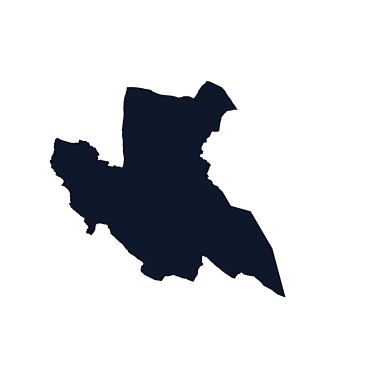 the district of Modum nor, Buskerud, Norway, rotated 40°
{"feature_id": "86288312B5778191287767", "entity_name": "Modum nor", "entity_type": "district", "adm_level": 2, "iso_a3": "NOR", "parent_name": "Norway", "parent_adm1": "Buskerud", "projection": "robinson", "projection_center": [9.903, 60.01], "detail": "fine", "context": "isolated", "style": "filled", "palette": "ink", "viewbox_px": 384, "rotation_deg": 40, "n_neighbors": 0, "source": "geoboundaries", "source_scale": "gbopen_adm2", "svg_char_len": 5981}
<svg xmlns="http://www.w3.org/2000/svg" viewBox="0 0 384 384"><g transform="rotate(40 192 192)"><path d="M64.5,259.9L66.7,260.7L67.7,261.3L67.8,261.6L68.3,262.2L68.3,262.7L68.9,263.2L69.7,263.3L71.3,262.7L72.1,263.0L72.8,264.1L74.5,263.8L76.4,264.3L76.7,264.8L76.6,265.6L76.9,265.8L80.1,265.3L80.4,264.9L81.5,264.5L82.1,264.9L84.4,264.6L86.1,264.8L87.8,266.2L88.0,266.9L88.6,267.4L88.2,268.2L88.3,270.0L90.9,268.8L92.2,269.1L95.0,268.9L97.7,269.7L100.8,271.5L101.0,272.4L101.6,273.1L102.9,274.2L103.6,275.2L104.4,275.9L104.5,276.2L106.8,278.0L106.7,278.7L106.1,279.5L106.7,279.9L108.1,280.2L109.0,280.9L110.9,280.8L112.7,281.3L115.1,280.4L116.1,281.3L117.5,280.8L122.2,281.2L123.5,280.8L124.7,280.8L126.3,280.1L127.1,280.7L128.4,282.8L129.0,283.1L128.9,283.5L130.9,283.7L132.0,284.1L134.4,284.1L134.9,284.3L135.2,285.0L135.9,284.5L136.2,284.7L136.3,285.2L136.9,285.2L137.1,285.5L137.0,286.2L136.5,286.7L136.4,287.1L136.7,287.3L136.2,287.9L137.3,289.0L137.0,289.8L137.5,289.8L137.5,290.6L138.3,290.5L139.1,289.9L139.2,289.5L139.8,289.2L141.9,289.4L141.9,285.7L141.4,283.3L139.1,280.1L138.7,278.7L138.9,277.3L139.6,276.2L141.5,274.4L146.3,271.9L148.0,270.7L150.0,271.8L151.0,272.7L152.3,272.6L153.2,272.7L154.0,273.5L154.8,273.5L155.2,273.7L155.2,274.2L156.3,275.0L156.6,275.5L157.8,275.4L159.4,275.7L160.9,275.4L162.8,275.8L168.8,276.1L172.2,275.9L177.9,277.3L180.5,277.4L182.3,278.3L185.2,278.1L189.0,277.4L192.8,277.5L198.6,276.7L199.9,276.8L200.5,277.2L201.2,277.3L201.6,277.8L202.1,279.1L201.5,281.5L202.2,282.1L202.2,282.5L203.4,284.4L204.5,285.0L209.0,285.2L219.9,282.6L225.2,279.3L224.6,273.4L227.4,271.3L230.8,266.6L233.1,266.0L236.8,264.5L239.9,263.5L243.8,261.0L244.9,261.3L250.0,259.4L249.0,255.4L248.8,252.3L248.5,251.4L245.9,247.8L245.4,243.0L246.4,241.8L246.4,240.8L246.3,240.3L244.7,240.2L244.2,240.0L242.7,238.0L241.8,237.2L242.0,237.0L240.5,235.3L240.1,234.3L239.0,233.4L242.8,232.8L244.5,231.8L248.6,232.0L251.3,232.4L253.5,232.2L256.6,232.6L257.2,232.5L259.1,232.7L260.8,232.2L262.9,232.4L268.1,232.3L277.5,231.3L279.5,230.5L279.8,230.1L279.1,228.6L279.1,227.3L279.4,227.0L279.3,225.3L279.5,224.5L280.0,224.1L280.1,223.6L280.5,223.5L280.4,222.6L281.3,220.7L282.3,221.0L284.4,221.1L289.0,218.9L292.0,216.9L293.8,216.0L294.8,215.9L296.0,216.3L300.0,216.1L303.8,216.3L306.9,217.0L316.6,214.9L319.2,215.1L321.1,214.8L323.0,214.8L329.8,212.5L289.6,184.3L249.4,169.9L230.7,178.4L215.2,172.9L208.9,172.6L208.8,172.4L209.1,172.3L209.1,172.0L208.5,171.8L206.1,172.5L205.5,173.0L204.8,173.2L204.0,172.9L202.5,173.4L201.8,172.8L201.6,172.1L199.1,171.4L198.6,171.5L198.3,171.9L197.6,172.2L194.0,172.1L193.1,171.3L193.8,171.0L193.8,170.5L194.1,170.3L194.2,170.0L193.4,169.9L193.1,169.4L191.8,169.4L190.7,168.3L190.6,166.7L190.0,165.0L189.3,164.9L189.2,164.7L189.5,164.5L189.0,164.2L189.4,163.6L189.1,162.7L189.3,162.5L188.5,161.9L188.5,161.1L188.6,159.9L187.5,159.9L186.3,159.3L186.0,159.5L185.9,160.0L184.4,160.0L183.3,159.2L181.1,159.5L180.8,160.6L180.3,160.8L179.8,160.4L177.6,159.9L175.6,160.5L174.1,160.2L174.0,159.0L173.3,157.7L174.0,156.9L174.2,156.0L174.8,155.5L173.7,154.6L173.8,154.2L171.8,154.4L171.1,153.2L170.3,153.1L169.8,151.9L169.0,148.2L168.6,147.9L168.5,146.7L168.6,146.3L169.2,145.9L169.1,145.3L170.3,144.5L169.8,143.7L169.2,143.7L168.3,143.1L168.5,142.6L168.4,141.5L168.6,139.9L168.7,139.3L169.2,138.8L169.2,138.1L168.8,137.5L168.8,137.1L168.4,136.8L168.7,136.2L168.3,135.9L167.9,134.2L168.0,133.8L167.5,132.5L168.8,131.7L169.5,131.0L171.0,130.1L171.0,129.9L172.2,129.0L172.4,128.2L172.8,127.9L169.0,121.9L165.7,115.4L165.9,113.0L165.6,112.0L166.0,109.9L165.9,108.1L166.6,106.4L169.1,103.8L170.8,101.3L172.5,100.0L168.4,98.7L165.9,98.3L162.0,96.8L157.9,96.0L153.5,94.6L152.4,94.0L147.4,93.4L135.1,96.6L132.6,97.9L132.9,100.4L132.2,103.2L132.1,105.4L132.5,109.2L132.4,109.5L133.7,113.5L133.4,114.3L133.9,116.3L134.0,117.6L133.8,117.9L134.0,118.3L134.3,119.7L129.0,121.1L126.9,122.4L126.5,123.1L124.9,124.2L124.3,125.0L124.4,125.6L123.9,126.3L121.2,129.2L118.1,130.3L114.2,132.4L108.4,136.5L104.5,138.8L97.4,141.1L96.1,140.9L94.9,141.1L94.5,141.2L94.2,141.8L92.7,142.1L92.4,142.7L90.9,143.1L90.5,143.8L88.1,144.8L83.6,147.5L80.2,149.9L75.7,153.7L77.4,156.3L77.8,157.0L77.6,157.4L78.3,158.1L78.9,159.8L79.3,160.7L79.4,161.3L79.8,161.9L80.4,163.5L81.2,164.3L81.8,164.0L82.0,164.9L82.2,165.2L81.8,165.7L85.2,170.1L85.8,171.2L88.1,173.5L88.7,174.4L89.2,174.6L90.3,175.9L93.2,180.1L93.9,181.4L94.8,182.5L95.5,184.0L96.0,184.4L97.2,186.3L97.7,186.8L98.9,189.1L100.5,190.1L102.5,193.1L106.6,196.6L109.0,199.7L113.0,203.9L113.0,204.2L113.7,205.0L114.9,206.2L115.7,206.6L119.3,210.0L122.8,215.4L123.4,217.4L123.3,218.7L122.2,219.3L119.7,220.2L119.2,221.1L117.8,221.6L117.6,222.1L116.2,221.7L116.0,222.2L115.8,222.3L116.0,223.3L115.6,223.5L115.4,224.1L114.6,224.7L112.8,225.5L112.6,225.8L111.5,226.4L109.9,226.6L109.3,225.6L109.4,224.9L109.1,224.2L109.2,223.4L108.8,223.1L108.5,223.1L107.1,223.8L107.4,224.1L106.9,225.0L105.5,224.8L104.1,225.6L104.2,225.8L101.5,226.7L101.4,227.4L99.4,229.1L98.6,228.6L97.9,226.8L95.6,225.7L95.7,225.2L96.5,223.9L96.4,223.3L96.0,223.0L92.6,222.4L89.8,221.0L89.5,221.0L88.6,221.9L86.1,221.7L85.8,221.9L85.5,222.7L84.8,223.1L84.1,223.0L83.0,222.1L81.7,221.6L81.4,221.2L80.6,221.4L79.9,222.1L78.3,221.7L77.3,222.7L77.4,222.8L77.2,223.5L75.4,223.6L74.8,224.1L73.0,224.6L73.5,225.7L73.9,225.9L73.7,226.2L74.2,227.0L74.1,227.8L73.5,228.2L73.7,228.7L73.0,229.3L72.6,228.9L72.0,229.2L71.6,229.5L71.7,230.0L68.2,232.6L59.1,236.7L54.6,237.6L54.3,238.5L54.3,239.3L54.2,239.7L54.5,240.3L55.3,241.0L55.2,241.3L55.8,243.2L56.5,243.8L57.0,244.8L57.9,245.6L58.1,246.4L59.1,246.9L60.0,247.6L60.4,248.6L60.7,248.8L60.5,249.2L60.7,249.9L62.4,251.5L61.7,252.3L62.1,252.7L62.4,252.5L62.9,252.7L62.5,253.0L62.8,253.1L62.7,253.5L62.1,254.6L62.8,255.4L62.7,255.7L62.8,255.9L63.4,256.0L63.7,256.5L63.8,257.2L65.3,257.8L64.6,258.4L65.2,258.9L64.7,259.3L64.3,259.2L64.1,258.8L63.7,259.0L64.5,259.9Z" fill="#0f172a" stroke="#020617" stroke-width="1.5"/></g></svg>